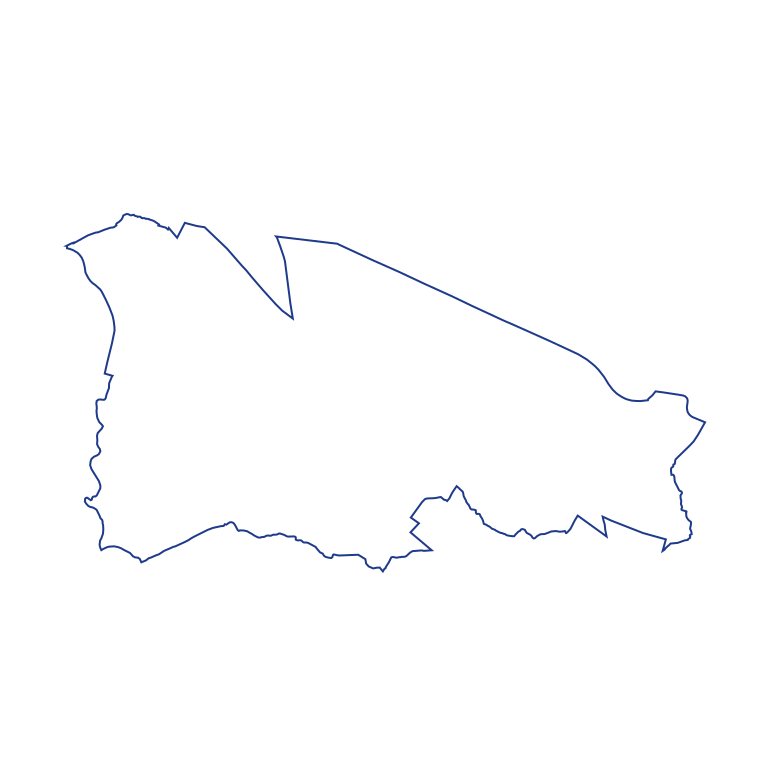 Tzompantepec, Tlaxcala, Mexico, rotated 352°
{"feature_id": "50627088B59818276904858", "entity_name": "Tzompantepec", "entity_type": "district", "adm_level": 2, "iso_a3": "MEX", "parent_name": "Mexico", "parent_adm1": "Tlaxcala", "projection": "robinson", "projection_center": [-98.081, 19.383], "detail": "fine", "context": "isolated", "style": "outline", "palette": "blue", "viewbox_px": 768, "rotation_deg": 352, "n_neighbors": 0, "source": "geoboundaries", "source_scale": "gbopen_adm2", "svg_char_len": 6088}
<svg xmlns="http://www.w3.org/2000/svg" viewBox="0 0 768 768"><g transform="rotate(352 384 384)"><path d="M104.9,235.2L105.0,235.2L106.1,238.3L107.6,241.1L109.5,243.6L111.7,245.6L116.2,251.0L117.1,252.8L118.3,256.0L120.4,262.2L122.8,270.3L124.7,278.6L125.1,283.8L125.0,290.2L124.6,293.7L120.3,305.8L112.9,324.2L108.9,334.8L116.3,338.1L115.6,338.8L112.2,344.5L111.8,345.5L111.1,349.7L107.7,355.9L106.5,359.2L105.5,360.3L104.5,360.7L100.2,359.7L98.6,359.9L97.1,360.9L96.4,363.4L96.4,365.9L96.2,368.3L95.6,370.3L95.4,372.7L95.3,376.1L95.5,378.2L96.8,382.2L98.9,385.0L99.8,386.7L98.3,388.9L93.7,392.7L92.6,395.3L92.3,399.7L91.5,403.6L92.2,406.3L93.6,408.9L93.7,411.3L91.8,413.8L89.8,414.8L86.8,415.6L84.1,417.3L82.8,419.5L81.7,423.5L82.5,427.7L88.2,440.5L89.0,445.2L88.5,447.9L84.1,454.3L82.6,455.2L80.7,455.0L80.0,455.3L79.1,456.2L78.6,457.8L77.5,458.3L75.1,456.0L74.0,455.2L72.6,455.5L71.9,456.4L71.8,457.8L71.4,458.6L72.4,461.0L74.3,463.7L76.1,464.9L78.2,465.6L80.5,467.3L81.9,468.6L83.9,474.6L84.5,477.4L85.9,479.3L86.2,480.9L85.9,482.9L86.2,484.5L85.8,488.9L84.9,493.1L82.6,497.5L81.1,499.5L80.1,503.1L80.0,504.6L80.3,506.9L81.0,509.2L82.7,508.4L86.1,507.3L88.8,506.8L94.2,507.2L98.0,508.5L101.1,510.3L102.8,511.7L109.0,516.0L111.4,519.6L113.3,521.0L116.5,521.9L117.9,523.4L118.9,526.8L123.9,525.5L126.7,523.8L128.8,523.5L134.1,522.0L137.5,521.3L142.9,518.7L143.9,518.4L149.9,516.8L152.7,515.9L154.5,515.8L164.6,512.8L168.9,511.3L172.2,509.7L177.2,507.9L189.2,503.9L194.6,502.7L202.4,502.1L205.4,502.2L205.8,502.0L206.8,500.7L208.4,501.3L211.7,499.6L212.9,499.5L214.0,499.8L215.5,500.6L216.7,502.6L218.1,506.3L218.8,508.3L219.8,509.3L221.0,508.9L224.5,509.5L227.9,510.7L230.4,512.7L232.1,513.9L234.4,516.0L237.9,518.4L240.0,518.9L241.5,518.6L244.3,518.7L246.4,517.9L248.0,517.9L250.6,518.5L253.7,517.8L255.1,518.1L257.5,518.1L259.3,517.4L260.7,517.8L264.1,519.5L266.9,521.5L268.1,521.8L273.7,522.4L274.6,522.8L275.0,523.1L275.2,523.4L275.3,523.9L275.0,525.2L275.0,525.8L275.3,526.2L277.0,526.9L279.0,527.0L280.0,527.3L280.7,527.9L281.9,529.4L282.9,529.9L284.4,530.0L286.6,530.7L293.6,535.8L294.7,537.9L297.3,541.9L299.7,543.4L300.6,545.6L301.8,546.9L304.2,548.0L307.5,549.0L308.8,548.2L309.7,546.2L310.6,545.8L313.7,547.0L315.8,547.6L334.7,549.5L341.2,554.9L341.3,559.3L343.4,562.5L347.6,565.1L351.2,564.9L354.2,565.2L356.8,569.4L358.6,567.2L359.1,566.8L359.8,566.7L360.4,565.5L361.5,564.1L363.8,561.5L367.0,556.8L367.9,556.5L369.6,556.8L371.7,557.6L372.9,557.8L374.6,557.6L376.5,557.8L377.2,557.6L379.5,557.9L381.2,557.9L382.7,557.2L385.9,554.9L387.9,553.9L389.1,553.5L398.0,554.0L400.3,554.8L408.1,555.3L389.6,534.6L399.2,526.8L392.0,520.0L405.2,506.3L408.4,503.8L409.8,503.4L411.3,503.4L418.5,504.1L424.3,503.8L424.7,504.0L427.4,507.0L429.0,507.5L430.2,508.7L432.9,506.3L435.5,502.4L437.5,499.9L441.7,495.3L443.7,497.5L444.2,498.3L446.9,501.5L447.2,502.8L447.3,506.0L447.9,508.0L449.0,510.9L449.1,512.2L450.3,514.6L450.9,515.1L452.4,519.7L453.2,520.4L455.5,520.9L457.2,521.7L457.3,522.1L457.1,524.4L457.5,525.2L458.0,525.7L459.3,525.7L460.1,525.9L460.7,526.4L461.2,528.5L462.4,530.9L463.0,533.1L463.4,536.4L465.7,537.6L467.0,538.8L468.5,539.8L470.8,542.3L473.7,543.9L474.0,544.4L476.6,546.3L478.8,547.7L480.4,548.1L481.5,549.0L482.7,549.3L484.4,550.8L486.8,551.7L489.9,552.6L491.8,552.8L493.1,551.5L496.5,548.9L498.2,548.4L499.5,547.1L500.6,546.9L501.7,547.2L503.3,548.1L503.7,549.4L504.7,551.4L507.8,553.6L508.9,554.9L509.7,556.8L510.7,557.8L512.1,557.6L514.5,555.9L517.9,554.6L520.0,554.7L521.8,554.9L522.9,554.8L529.3,553.3L534.1,553.6L536.5,554.5L538.8,554.9L542.7,554.8L543.5,557.0L543.9,557.0L545.4,556.0L548.5,553.4L553.9,545.7L557.5,541.3L583.2,566.0L582.8,559.4L583.0,553.8L582.3,549.2L582.1,545.8L590.2,551.0L619.7,567.6L641.5,577.1L636.7,588.1L638.7,587.1L640.2,585.6L643.3,583.5L644.3,583.0L644.9,582.3L645.7,581.9L652.7,582.2L660.1,580.7L663.1,580.7L663.9,579.7L665.3,579.2L665.8,578.7L666.0,577.8L665.8,577.4L665.8,576.5L666.0,576.1L667.8,575.5L667.8,573.4L667.5,571.6L667.1,570.7L667.0,569.9L667.5,568.2L668.3,566.3L668.8,563.5L668.5,563.0L666.8,561.3L666.2,560.4L665.2,558.3L665.0,556.7L665.2,554.6L665.1,553.6L665.8,552.8L665.7,552.2L661.7,550.4L661.1,549.8L661.2,548.9L662.0,547.7L661.9,546.2L661.4,544.7L661.5,543.3L662.0,541.8L662.1,540.3L661.8,538.9L662.1,535.6L663.8,533.7L663.9,532.7L663.4,531.8L662.1,531.0L661.4,530.1L658.5,521.6L658.4,519.5L658.6,516.7L658.3,514.9L657.6,514.1L656.0,513.9L656.1,510.1L656.5,507.8L657.2,506.8L658.7,506.2L658.9,506.0L659.2,504.3L659.4,504.0L660.4,503.8L660.9,503.4L661.9,499.8L662.8,498.8L677.4,488.1L682.5,484.1L687.8,478.1L696.6,466.6L685.6,460.1L683.8,458.8L682.1,456.8L680.8,454.1L680.6,451.1L680.7,449.1L682.2,443.8L682.4,442.4L682.2,440.4L680.7,438.3L679.1,437.2L674.2,435.6L659.1,431.1L651.9,429.1L648.3,432.5L643.6,435.6L643.1,436.8L635.5,436.6L631.4,435.9L626.9,434.9L621.6,432.6L617.8,430.0L614.2,426.9L612.9,425.6L609.7,421.5L606.3,415.3L602.9,407.5L598.6,400.1L595.9,396.3L593.6,393.6L588.3,388.0L580.6,381.7L553.3,364.0L521.4,344.0L511.9,338.2L482.3,319.1L462.9,306.2L438.6,290.8L414.7,275.2L390.0,259.8L358.8,239.7L357.3,238.6L297.7,222.9L298.4,224.1L300.4,233.3L302.5,244.5L303.0,248.8L302.5,291.1L302.8,306.5L293.5,297.3L287.9,289.9L277.1,274.0L267.9,259.7L263.3,252.1L259.8,247.2L247.3,228.0L228.2,203.8L220.6,201.5L209.4,196.8L209.2,196.7L199.5,210.4L192.7,199.7L192.3,200.8L192.0,201.0L191.6,201.0L189.9,198.9L182.6,195.7L183.4,194.7L179.3,191.0L177.9,190.0L174.3,188.3L174.2,188.0L171.7,187.2L171.2,187.3L169.8,186.4L167.2,186.0L166.5,185.0L165.8,184.4L164.5,184.1L163.3,184.2L162.9,183.7L161.0,182.9L160.3,182.4L159.8,181.6L156.8,181.8L154.1,180.1L152.5,179.9L150.5,180.4L149.2,181.0L147.9,183.5L146.4,185.1L144.1,186.6L141.7,187.7L141.0,188.5L141.1,189.7L138.5,191.1L137.0,191.3L135.3,191.1L128.3,192.4L121.9,194.0L120.1,193.9L118.6,194.1L111.5,195.6L96.6,201.3L96.3,201.4L96.4,200.8L94.2,201.2L88.9,203.0L89.3,203.1L89.0,205.5L91.1,206.3L94.5,208.0L98.8,211.4L100.7,214.0L102.3,217.0L103.2,220.3L103.6,223.1L103.9,226.6L103.9,231.9L104.9,235.2Z" fill="none" stroke="#1e3a8a" stroke-width="2"/></g></svg>